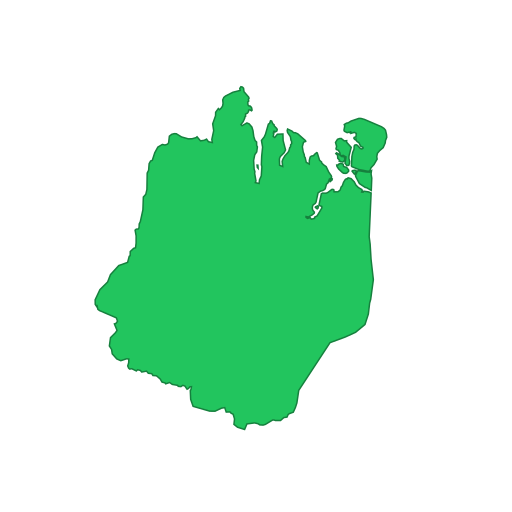 outline of Boke, Boke, Guinea, rotated 153°
{"feature_id": "49546643B57120226425021", "entity_name": "Boke", "entity_type": "district", "adm_level": 2, "iso_a3": "GIN", "parent_name": "Guinea", "parent_adm1": "Boke", "projection": "albers", "projection_center": [-14.504, 11.069], "detail": "fine", "context": "isolated", "style": "filled", "palette": "green", "viewbox_px": 512, "rotation_deg": 153, "n_neighbors": 0, "source": "geoboundaries", "source_scale": "gbopen_adm2", "svg_char_len": 6154}
<svg xmlns="http://www.w3.org/2000/svg" viewBox="0 0 512 512"><g transform="rotate(153 256 256)"><path d="M382.6,309.8L394.1,305.5L400.0,300.2L410.3,296.9L419.2,290.0L421.2,285.9L420.9,283.2L420.0,284.7L421.1,280.3L420.2,278.4L408.5,264.3L409.0,260.8L411.1,259.6L413.0,259.8L413.6,252.8L416.2,251.4L422.7,249.3L427.5,242.4L427.1,238.3L428.5,234.1L426.8,227.5L424.0,224.1L418.1,223.2L416.1,222.0L417.9,218.7L420.2,216.3L420.4,214.0L419.9,212.6L417.8,211.9L414.8,207.9L413.1,208.4L411.0,206.5L410.5,204.5L405.8,203.1L405.2,200.4L402.3,198.5L402.1,196.3L399.1,194.5L397.2,189.9L397.0,186.3L394.7,184.3L394.5,183.1L390.4,182.5L388.9,179.6L384.5,176.3L384.5,175.2L382.2,173.7L379.9,174.0L378.4,172.4L377.9,168.6L376.3,168.6L374.3,169.5L372.8,168.9L374.6,166.5L375.6,166.0L379.3,157.9L380.3,150.6L367.7,138.8L362.9,136.3L355.9,136.1L352.7,135.1L353.4,130.5L349.9,128.8L349.6,127.3L348.2,125.4L349.1,120.6L352.1,116.0L350.2,111.8L344.9,106.6L340.3,110.5L333.0,107.9L330.3,105.6L329.3,103.8L326.4,102.1L324.1,101.7L315.7,102.3L314.4,101.7L313.4,100.6L308.8,98.3L304.6,99.4L301.5,98.4L299.3,100.2L297.9,100.4L293.7,99.9L289.8,103.0L286.3,106.5L278.9,116.9L229.4,145.2L213.3,143.3L201.9,142.8L190.0,145.5L182.3,153.2L176.1,162.5L173.5,165.3L162.2,181.6L155.0,200.8L148.9,214.8L146.4,221.8L124.8,259.9L126.7,262.1L130.5,264.8L131.6,264.2L132.8,265.0L131.7,265.9L131.5,267.2L133.7,270.5L134.8,273.9L134.8,277.4L136.1,281.7L138.2,283.7L139.0,283.8L139.6,283.2L140.5,283.8L141.8,283.6L144.6,281.9L147.2,279.4L148.9,278.8L151.0,276.6L153.8,276.0L157.3,277.7L156.6,279.6L157.2,280.5L158.3,280.9L163.0,280.0L164.9,280.1L168.1,281.8L169.5,281.8L176.6,273.0L176.5,272.1L174.9,270.3L175.5,268.9L183.3,264.0L186.2,264.0L186.8,262.9L190.0,263.7L190.3,265.6L193.1,266.1L193.9,267.8L193.5,268.5L191.6,267.0L187.2,267.1L184.7,267.7L184.1,268.5L184.6,271.1L184.1,273.1L183.0,274.7L181.9,275.6L179.3,276.0L178.1,276.7L172.1,284.0L169.1,284.5L166.9,284.0L164.7,284.1L163.7,284.6L160.5,288.1L158.6,288.5L155.6,291.3L153.7,291.3L152.7,292.2L152.5,293.5L153.1,297.8L152.9,303.8L154.4,306.6L155.2,309.0L154.9,310.0L155.9,312.4L154.6,320.1L155.0,320.6L158.1,319.9L159.0,319.2L161.3,319.9L162.8,319.6L165.0,317.1L166.8,313.7L168.7,316.7L167.5,321.4L167.7,322.6L167.0,324.4L166.7,327.3L165.1,332.3L162.3,335.5L161.5,335.8L159.7,335.5L159.5,336.3L163.3,345.9L165.0,348.0L166.5,348.8L167.2,350.9L170.2,354.8L171.3,353.6L171.8,351.7L171.2,346.7L172.3,343.2L172.2,342.2L173.2,339.9L174.6,339.4L175.6,337.7L176.8,337.2L179.0,334.7L180.6,333.7L184.7,332.2L187.7,330.3L189.7,328.5L191.6,323.6L193.8,326.1L191.2,331.7L190.4,332.6L189.1,333.6L184.1,335.2L181.5,337.1L179.4,346.6L176.6,352.5L181.7,354.8L185.5,353.1L186.4,354.7L184.6,356.9L184.8,357.7L183.9,357.8L183.6,359.0L183.1,359.0L182.4,357.8L180.7,357.9L179.7,359.0L179.6,360.1L180.7,363.8L180.3,364.7L181.0,366.3L180.8,369.2L181.7,369.9L183.7,368.0L185.1,367.9L192.3,360.2L194.7,358.3L198.7,356.5L200.7,350.0L205.6,342.4L209.8,334.9L210.2,332.9L215.0,324.9L218.3,322.3L220.3,319.2L223.3,321.7L221.9,323.0L219.7,330.2L218.7,331.6L218.2,334.3L214.7,342.3L211.1,346.8L208.1,348.4L205.2,352.6L205.2,354.2L203.7,357.3L204.4,359.3L203.8,363.3L201.8,369.0L201.1,372.8L202.1,376.8L203.7,378.7L209.3,378.4L209.8,379.9L206.5,381.5L203.5,383.9L202.8,385.0L201.9,385.1L200.9,387.2L198.7,387.2L197.1,388.1L196.4,389.3L195.1,389.0L194.1,387.4L193.3,387.7L192.6,389.9L192.8,391.5L193.3,392.5L194.1,392.7L194.6,394.4L193.3,397.1L192.2,397.3L191.6,399.1L190.6,399.7L190.4,400.9L192.1,407.9L190.9,411.1L191.4,412.7L192.6,413.7L194.4,412.7L194.9,410.7L202.2,412.4L210.5,412.4L212.7,411.9L214.8,410.2L216.1,406.9L217.7,404.8L219.6,403.7L222.1,402.9L222.6,404.5L226.7,402.4L228.4,399.3L234.6,393.4L236.8,386.9L242.4,380.0L243.4,376.9L246.5,379.4L247.0,382.6L249.6,382.6L253.2,383.8L254.4,389.0L255.8,388.7L259.7,389.5L263.1,391.1L268.3,395.9L271.5,401.1L273.2,402.1L275.8,402.7L278.8,402.1L282.5,396.5L284.1,395.8L286.7,396.2L288.8,397.9L294.0,397.6L299.3,394.0L305.0,388.3L306.8,388.5L309.3,386.8L312.8,381.1L315.3,379.3L323.0,364.8L326.2,361.0L329.6,359.7L335.8,348.5L343.5,339.1L345.5,337.6L347.3,334.4L348.7,333.5L350.5,334.3L352.0,333.9L353.7,328.3L357.0,321.9L359.6,318.0L361.5,318.4L366.0,317.1L368.0,313.4L369.1,313.3L373.3,308.6L382.6,309.8ZM125.4,301.1L130.1,292.9L129.9,291.9L125.0,286.3L117.4,280.4L115.6,280.4L113.5,282.4L109.4,283.9L104.1,287.3L103.3,289.7L101.2,292.4L97.8,293.8L93.5,294.8L89.5,298.1L88.2,300.1L85.6,302.4L84.6,304.9L83.5,309.3L84.0,311.5L85.5,314.2L97.4,328.5L100.0,330.9L101.8,331.9L110.1,333.1L113.3,332.8L115.1,333.3L117.7,333.1L117.9,331.6L120.5,328.2L120.6,327.0L118.8,324.5L117.4,324.3L116.7,323.5L115.5,323.9L115.1,323.5L115.8,322.2L112.2,321.5L111.0,319.7L112.8,316.8L114.8,317.1L115.4,316.2L115.0,314.9L113.9,314.7L114.4,314.0L113.9,311.9L112.9,310.3L112.9,306.4L111.3,304.2L111.7,303.4L113.2,303.3L114.2,304.4L115.4,308.6L116.2,309.6L117.6,310.0L118.6,309.4L120.2,306.6L122.7,304.5L125.4,301.1ZM130.4,323.0L133.6,321.1L134.4,317.1L136.0,315.3L136.1,314.4L134.7,312.9L134.4,310.1L135.0,307.8L134.5,306.6L132.6,306.1L130.8,303.4L134.6,298.2L134.0,295.3L132.2,294.7L130.8,295.9L129.6,297.9L128.9,300.8L127.6,303.1L121.8,309.6L123.6,316.3L122.8,317.6L125.1,318.5L126.7,322.0L128.2,322.7L130.4,323.0ZM131.0,273.6L127.6,267.5L126.5,266.7L123.5,262.1L117.5,272.8L116.2,276.9L114.4,279.5L116.7,279.1L119.4,280.6L125.6,285.2L126.8,285.7L130.7,282.7L131.1,281.6L131.0,273.6ZM143.2,299.1L142.9,296.0L141.1,291.0L140.3,289.9L138.4,288.8L137.1,288.7L134.9,289.5L134.4,290.6L135.0,293.7L137.3,296.0L136.7,298.2L137.2,298.9L139.0,300.3L140.9,300.3L141.6,299.8L142.8,300.4L143.2,299.1ZM137.4,311.4L138.4,311.0L137.6,308.7L138.8,306.0L138.1,303.4L138.8,302.8L136.2,300.4L135.0,300.4L133.2,301.5L132.2,304.3L134.5,305.7L136.3,309.8L137.4,311.4ZM131.9,287.9L131.2,284.3L129.6,284.8L128.1,286.2L128.1,286.9L129.0,287.6L131.4,288.3L131.9,287.9ZM180.7,272.8L181.1,272.3L180.1,270.2L178.9,270.5L178.0,271.9L178.3,272.7L180.7,272.8ZM156.2,289.5L156.2,288.6L153.7,289.2L153.0,290.1L153.2,290.6L154.3,290.9L156.2,289.5ZM214.6,334.3L214.3,333.2L213.1,336.1L213.8,336.5L214.6,334.3Z" fill="#22c55e" stroke="#15803d" stroke-width="1.5"/></g></svg>